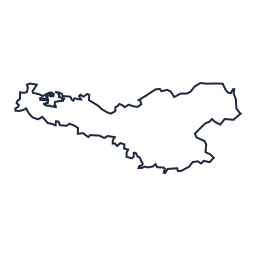 the district of Shakhrisabz, Kashkadarya, Uzbekistan
{"feature_id": "79887680B91386955898676", "entity_name": "Shakhrisabz", "entity_type": "district", "adm_level": 2, "iso_a3": "UZB", "parent_name": "Uzbekistan", "parent_adm1": "Kashkadarya", "projection": "natural_earth1", "projection_center": [67.01, 38.95], "detail": "fine", "context": "isolated", "style": "outline", "palette": "slate", "viewbox_px": 256, "rotation_deg": 0, "n_neighbors": 0, "source": "geoboundaries", "source_scale": "gbopen_adm2", "svg_char_len": 3316}
<svg xmlns="http://www.w3.org/2000/svg" viewBox="0 0 256 256"><path d="M60.2,93.1L59.7,92.9L59.6,93.2L58.6,93.1L58.5,92.5L56.1,92.0L56.1,92.4L56.5,92.5L58.2,92.9L59.0,94.5L59.2,95.3L58.9,95.3L59.1,96.2L59.2,96.5L59.2,96.8L59.1,97.2L60.0,97.2L60.7,97.5L60.9,97.5L62.1,98.0L62.7,98.2L62.9,98.4L63.2,98.4L64.0,98.4L64.3,98.7L64.3,98.8L64.0,98.9L62.3,99.2L62.3,99.5L62.7,99.6L62.7,100.3L63.1,100.4L63.1,100.7L63.1,100.8L61.3,100.8L61.1,100.9L60.9,101.0L60.4,100.8L60.0,100.8L59.4,101.2L59.0,101.4L58.6,101.4L58.4,101.2L58.0,101.4L57.1,101.5L56.9,101.6L56.2,101.7L55.8,101.6L55.5,101.6L55.3,101.7L55.1,102.1L54.7,102.9L54.9,104.0L54.8,104.5L54.6,104.6L54.5,105.2L55.3,105.4L55.4,106.4L55.9,106.6L55.8,107.1L54.3,106.8L54.0,106.9L53.6,106.6L50.9,106.3L50.3,105.7L49.3,105.8L47.4,105.7L46.8,105.4L46.2,105.3L45.9,105.5L45.2,105.1L45.2,104.4L44.1,104.1L44.1,103.7L44.4,103.8L45.4,103.9L46.1,103.5L46.1,103.1L47.0,102.9L47.7,103.0L48.0,100.8L46.7,100.4L46.6,100.2L46.1,100.1L44.3,100.0L44.1,100.1L40.4,99.9L40.5,99.1L40.0,98.3L40.4,98.1L41.4,97.8L41.4,98.0L41.4,98.6L41.5,98.7L42.5,98.8L43.2,99.0L44.0,99.2L44.0,98.6L44.6,98.7L44.7,98.9L46.2,99.1L47.6,99.3L47.3,98.9L47.3,98.6L47.6,98.2L47.4,98.0L47.4,97.7L46.8,97.6L46.3,97.0L46.2,96.4L46.4,96.2L46.7,96.0L49.6,95.2L49.6,95.4L50.0,95.4L50.2,96.2L52.9,96.3L53.0,96.0L53.5,96.0L53.6,95.1L53.6,93.9L53.1,94.0L52.4,93.9L52.2,92.9L51.7,92.9L51.7,93.5L51.2,94.5L50.0,94.9L49.8,94.1L50.0,92.6L48.3,93.1L42.7,96.0L38.8,94.1L33.2,92.9L32.5,91.2L34.6,88.2L36.8,84.7L30.0,83.5L26.9,84.7L27.9,87.7L26.9,92.0L24.3,92.8L20.1,92.3L20.0,98.8L17.1,101.3L16.6,103.2L18.8,105.0L18.1,106.9L15.4,108.4L15.4,110.7L19.3,111.0L22.1,110.3L24.4,109.5L26.1,108.3L28.8,113.3L32.7,117.5L38.1,119.3L42.3,116.9L48.1,123.3L51.1,123.6L55.5,125.3L56.1,121.2L58.6,121.7L60.0,125.2L66.3,125.8L69.6,123.8L74.7,125.8L78.0,128.0L77.8,133.8L83.0,133.2L88.3,137.1L90.2,135.1L99.4,135.6L104.2,138.0L107.8,136.0L114.8,137.2L112.8,140.1L112.7,143.6L114.9,143.4L117.1,146.0L120.3,143.1L124.4,144.4L124.1,148.6L128.1,149.6L126.6,152.6L126.5,156.8L132.0,158.3L133.7,156.7L133.8,152.8L135.7,152.9L137.7,156.6L139.8,157.6L141.3,161.1L142.7,163.5L142.2,165.1L139.1,166.2L138.6,168.0L142.1,167.9L144.7,166.6L147.5,167.4L152.7,166.6L155.6,164.1L157.1,167.2L163.7,167.6L164.8,168.8L163.7,172.7L165.1,173.0L167.6,168.9L177.2,168.3L177.8,170.9L181.1,171.0L189.2,166.6L192.6,162.1L197.8,161.3L201.0,163.5L203.7,160.8L209.5,162.2L213.8,157.8L210.6,154.6L205.5,152.1L206.2,144.3L204.5,141.0L196.6,137.5L194.8,133.7L200.6,127.9L205.5,123.2L209.2,121.9L211.9,119.0L215.3,122.1L220.2,124.6L224.8,119.0L233.5,119.8L240.6,113.6L240.0,113.3L237.4,109.9L236.4,108.4L235.8,99.1L234.4,95.4L233.7,93.5L234.2,89.1L232.9,89.3L230.8,93.2L227.9,92.5L225.4,89.4L222.7,83.7L215.4,83.5L206.5,83.7L200.5,83.0L194.6,86.5L190.5,91.8L186.6,93.6L180.6,93.6L174.2,97.0L170.7,91.5L167.3,89.9L161.4,91.2L159.9,89.0L155.5,89.4L152.7,91.3L145.1,96.2L138.7,100.1L140.3,100.9L141.3,104.3L137.6,106.9L133.8,106.4L128.6,104.7L124.7,107.2L122.9,105.6L119.5,103.9L117.7,106.0L115.5,107.1L115.2,111.3L110.9,113.6L107.0,112.3L101.8,109.2L98.4,105.9L94.5,103.5L88.9,100.1L89.3,94.9L87.3,94.0L83.4,96.7L80.4,94.7L79.1,96.1L81.0,99.5L77.9,99.1L74.6,98.3L73.3,100.7L71.7,99.6L70.3,96.7L62.7,96.0L62.0,94.0L60.2,93.1Z" fill="none" stroke="#1e293b" stroke-width="2"/></svg>